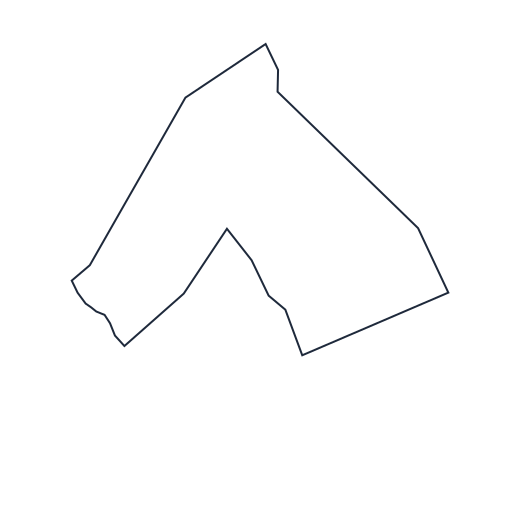 the Special self-governing city of Sejong, rotated 135°
{"feature_id": "KOR-5129", "entity_name": "Sejong", "entity_type": "Special self-governing city", "adm_level": 1, "iso_a3": "KOR", "parent_name": "South Korea", "parent_adm1": "", "projection": "orthographic", "projection_center": [127.244, 36.566], "detail": "fine", "context": "isolated", "style": "outline", "palette": "slate", "viewbox_px": 512, "rotation_deg": 135, "n_neighbors": 0, "source": "natural_earth", "source_scale": "10m", "svg_char_len": 463}
<svg xmlns="http://www.w3.org/2000/svg" viewBox="0 0 512 512"><g transform="rotate(135 256 256)"><path d="M145.9,94.1L293.5,153.1L273.2,197.3L275.1,219.0L262.1,256.1L257.3,295.8L333.7,280.5L412.7,285.4L412.0,299.5L406.8,311.6L404.7,321.4L408.2,329.7L408.9,336.3L410.1,342.8L408.1,356.2L403.7,368.9L380.0,367.0L312.5,385.5L264.8,398.5L193.9,417.9L99.3,399.1L108.8,372.0L124.6,356.9L121.7,161.1L145.9,94.1Z" fill="none" stroke="#1e293b" stroke-width="2"/></g></svg>